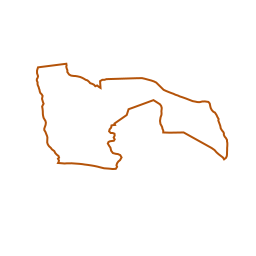 Rio Tinto, Paraíba, Brazil, rotated 105°
{"feature_id": "56859067B7605196219399", "entity_name": "Rio Tinto", "entity_type": "district", "adm_level": 2, "iso_a3": "BRA", "parent_name": "Brazil", "parent_adm1": "Paraíba", "projection": "equal_earth", "projection_center": [-35.029, -6.767], "detail": "fine", "context": "isolated", "style": "outline", "palette": "amber", "viewbox_px": 256, "rotation_deg": 105, "n_neighbors": 0, "source": "geoboundaries", "source_scale": "gbopen_adm2", "svg_char_len": 2711}
<svg xmlns="http://www.w3.org/2000/svg" viewBox="0 0 256 256"><g transform="rotate(105 128 128)"><path d="M133.4,27.1L131.4,25.6L129.5,25.3L127.6,25.6L125.7,26.1L123.8,26.5L121.5,27.1L119.8,27.4L118.1,27.8L116.7,28.2L115.3,28.9L113.9,29.3L112.3,30.9L111.3,32.4L109.7,33.7L108.3,34.0L107.2,34.9L106.1,36.5L104.4,38.3L102.1,39.4L100.5,40.5L99.1,41.5L97.4,42.7L95.9,42.8L94.4,44.3L92.6,45.8L90.6,48.0L90.2,49.8L89.0,51.7L87.5,53.1L86.2,53.9L84.8,54.6L83.2,55.4L82.0,57.1L82.4,60.5L83.1,63.0L84.5,65.5L85.0,67.7L85.1,69.9L85.3,72.5L84.9,76.2L84.5,79.9L84.2,83.8L84.1,86.1L83.7,88.3L83.6,90.8L83.2,92.9L83.0,95.4L82.7,98.2L82.3,101.2L81.9,103.5L76.8,112.5L76.3,115.0L76.1,117.8L76.1,120.7L76.1,124.8L76.2,127.4L77.9,133.3L86.4,161.5L87.5,163.1L88.1,165.3L90.0,167.1L96.4,164.9L95.9,166.6L94.9,168.8L96.1,170.4L95.0,172.1L94.6,174.0L94.5,176.1L93.5,177.5L92.5,179.5L92.4,181.4L91.8,183.4L91.4,185.1L91.1,187.3L91.2,190.3L91.4,192.2L91.8,194.0L92.1,196.5L91.6,198.7L89.6,201.1L87.9,201.5L86.4,202.6L84.8,203.5L83.5,203.5L81.9,204.2L92.7,230.6L94.6,230.7L96.2,230.7L98.7,230.0L101.2,228.3L102.9,228.3L104.4,228.7L105.9,228.3L107.2,227.2L108.9,226.8L110.2,226.1L111.6,224.9L112.9,224.2L114.0,223.4L115.5,222.7L116.8,221.8L117.9,220.0L119.1,218.8L120.7,218.7L122.1,218.6L123.4,217.8L124.9,216.9L126.4,215.8L127.9,216.2L129.5,216.5L131.6,215.5L133.7,214.7L136.7,213.8L138.3,213.1L140.0,212.2L141.3,210.9L142.5,209.6L144.1,208.7L146.3,208.4L148.6,208.6L150.3,208.7L151.7,208.3L153.2,206.7L155.0,205.4L156.7,204.1L158.0,203.4L159.4,203.1L161.2,202.7L162.9,202.3L164.6,201.2L166.1,199.5L167.1,197.5L168.3,196.0L169.4,193.2L171.0,191.8L172.2,189.9L173.0,187.9L174.5,186.9L175.8,187.7L177.2,186.3L178.5,186.2L179.9,186.5L179.5,184.4L179.0,181.7L178.7,180.0L178.0,178.1L177.3,175.5L176.7,173.4L175.5,167.2L175.1,165.1L174.7,162.5L174.5,160.4L174.1,157.6L173.7,154.1L173.4,151.0L173.2,147.4L173.2,145.1L173.1,140.7L172.1,135.5L171.6,132.2L170.6,129.2L168.3,128.5L167.0,129.5L164.9,129.4L162.9,128.7L161.1,127.4L158.1,126.6L156.2,128.5L155.8,131.0L156.1,133.1L156.1,136.1L154.3,138.4L151.5,139.9L150.2,141.5L148.2,143.5L146.5,143.2L145.5,142.0L144.9,140.6L144.0,138.4L142.4,137.9L140.9,139.4L138.8,138.9L137.0,139.6L136.8,141.4L137.3,143.4L136.1,145.4L134.0,145.4L132.0,144.4L129.8,144.6L129.0,143.0L128.4,141.3L127.2,142.2L125.5,140.8L115.8,132.6L109.7,132.3L107.3,128.8L94.5,110.6L96.8,103.3L98.1,101.7L99.9,100.6L101.6,100.3L103.1,100.1L105.1,99.4L106.7,99.1L109.3,99.3L111.3,99.1L112.9,98.9L114.3,98.3L115.7,97.7L117.0,96.4L118.4,95.2L119.7,94.6L121.3,93.3L123.2,92.8L121.7,86.4L117.9,73.1L125.7,42.0L126.9,38.7L128.6,36.2L129.9,33.6L131.1,30.7L131.9,28.7L133.4,27.1Z" fill="none" stroke="#b45309" stroke-width="2"/></g></svg>